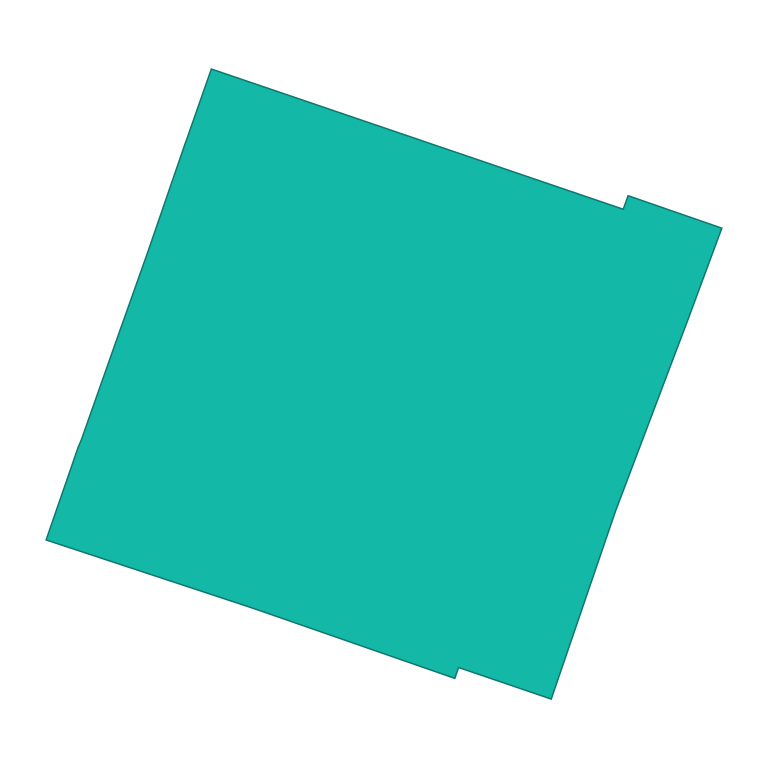 Clark, Kansas, United States of America, rotated 109°
{"feature_id": "52423323B23094259623608", "entity_name": "Clark", "entity_type": "district", "adm_level": 2, "iso_a3": "USA", "parent_name": "United States of America", "parent_adm1": "Kansas", "projection": "natural_earth1", "projection_center": [-99.798, 37.237], "detail": "fine", "context": "isolated", "style": "filled", "palette": "teal", "viewbox_px": 768, "rotation_deg": 109, "n_neighbors": 0, "source": "geoboundaries", "source_scale": "gbopen_adm2", "svg_char_len": 459}
<svg xmlns="http://www.w3.org/2000/svg" viewBox="0 0 768 768"><g transform="rotate(109 384 384)"><path d="M641.5,652.7L638.7,434.9L639.3,221.2L627.8,221.2L627.5,123.3L429.0,123.7L226.2,117.6L126.7,115.3L126.5,214.5L140.9,214.7L142.4,649.8L218.6,650.2L221.5,650.3L222.7,650.3L228.2,650.3L337.2,650.3L418.6,651.1L428.8,651.2L429.3,651.2L535.4,652.0L543.6,652.6L564.8,652.6L626.1,652.7L641.5,652.7Z" fill="#14b8a6" stroke="#0f766e" stroke-width="1.5"/></g></svg>